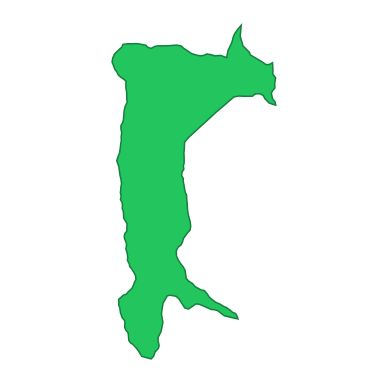 the district of São Benedito, Ceará, Brazil, rotated 271°
{"feature_id": "56859067B56740844379341", "entity_name": "São Benedito", "entity_type": "district", "adm_level": 2, "iso_a3": "BRA", "parent_name": "Brazil", "parent_adm1": "Ceará", "projection": "albers", "projection_center": [-40.987, -4.067], "detail": "fine", "context": "isolated", "style": "filled", "palette": "green", "viewbox_px": 384, "rotation_deg": 271, "n_neighbors": 0, "source": "geoboundaries", "source_scale": "gbopen_adm2", "svg_char_len": 3222}
<svg xmlns="http://www.w3.org/2000/svg" viewBox="0 0 384 384"><g transform="rotate(271 192 192)"><path d="M65.9,240.2L69.0,239.1L71.3,237.6L72.4,234.7L74.8,231.8L76.9,228.7L78.4,225.3L80.4,222.0L82.2,217.5L84.6,214.3L87.3,211.0L90.4,209.0L93.7,206.1L94.2,202.8L95.6,200.2L97.5,196.7L100.5,194.1L102.7,190.4L105.4,187.8L110.2,187.0L113.8,186.4L117.4,184.2L119.5,182.4L123.1,179.8L127.5,177.6L133.1,177.3L136.7,179.2L138.9,182.0L141.9,183.4L145.3,184.2L151.2,188.3L153.7,190.7L157.7,191.3L161.6,190.8L165.4,189.8L169.1,188.7L175.4,187.7L180.4,187.4L185.6,186.8L189.1,186.6L191.4,185.3L194.6,184.6L198.7,183.9L202.6,183.0L205.4,183.1L208.3,181.3L211.6,181.7L214.8,183.5L217.7,182.9L220.7,183.6L223.7,183.6L227.3,183.5L231.3,183.2L234.7,183.6L237.8,183.6L241.7,183.8L246.4,187.6L256.8,198.5L262.9,205.0L265.7,207.9L269.9,212.3L272.0,214.5L287.8,232.3L288.3,235.0L288.8,237.5L288.6,241.4L288.7,247.3L288.9,251.0L290.8,252.9L291.4,255.5L291.3,258.4L289.8,261.5L286.5,263.3L284.7,265.2L282.4,267.4L281.3,270.6L280.3,274.2L283.7,273.4L286.5,271.0L292.1,269.6L294.8,270.9L297.5,273.1L302.0,272.8L307.7,273.6L311.6,270.5L314.6,270.9L322.7,270.2L320.8,267.1L320.7,263.7L323.3,259.9L330.1,248.0L332.8,246.8L339.1,240.4L348.6,237.5L359.6,238.3L355.6,235.0L351.5,232.2L348.8,230.9L346.3,230.2L343.6,229.6L341.0,228.7L337.6,227.1L334.2,225.6L331.0,225.0L327.0,224.3L328.0,221.2L329.1,218.3L328.8,215.4L328.5,212.6L329.6,208.7L330.3,204.4L328.8,201.4L328.3,198.3L328.7,195.1L329.7,191.7L330.4,189.0L332.4,186.2L334.3,183.1L335.9,180.8L337.9,178.6L338.6,174.2L338.2,169.4L337.8,165.3L337.6,159.9L337.6,155.2L336.7,151.9L334.9,148.7L335.9,145.1L338.0,143.2L338.6,139.6L339.3,135.7L339.4,132.6L339.1,129.8L339.2,126.5L338.8,123.3L338.5,120.5L335.6,119.3L333.1,116.5L328.7,112.2L324.6,110.4L320.4,109.8L317.1,111.3L313.1,112.8L311.0,114.6L307.6,116.3L305.3,119.0L303.9,121.3L301.7,124.1L297.9,124.0L294.6,124.1L290.9,124.9L286.6,125.1L283.7,125.1L280.9,125.7L276.4,123.7L272.0,122.7L266.6,122.4L263.2,122.2L259.8,121.4L257.3,119.8L254.0,119.8L249.9,120.7L246.3,120.2L242.0,120.4L238.6,119.8L234.7,119.5L229.9,118.9L225.7,117.3L222.0,116.2L218.6,117.4L216.2,118.4L212.7,118.9L210.2,119.3L207.5,119.7L203.6,120.7L199.2,121.4L195.7,120.8L193.0,120.7L190.1,120.4L186.5,121.2L183.1,120.6L180.6,122.2L177.8,122.7L174.7,122.5L171.5,123.6L168.0,124.0L164.7,124.1L161.9,125.9L159.1,127.6L155.3,127.5L151.7,127.5L149.5,125.7L146.8,125.0L144.1,125.4L141.2,126.7L138.4,127.5L133.7,126.9L129.7,128.3L125.2,128.9L122.5,128.6L119.3,130.4L116.3,131.1L114.3,132.8L110.9,135.1L107.4,137.0L103.6,137.5L100.9,136.1L97.8,135.1L94.4,133.5L91.2,130.1L88.8,128.2L87.7,125.1L85.3,122.7L83.4,120.5L80.2,120.8L77.5,120.7L75.2,121.8L70.2,122.5L65.0,124.4L62.2,126.9L59.7,127.2L55.4,127.1L52.6,128.3L50.1,130.6L45.3,131.1L42.5,131.4L40.1,133.1L38.4,135.8L34.9,139.1L31.6,141.6L29.1,143.2L26.8,144.6L25.9,148.1L24.4,154.0L26.8,156.4L31.4,157.9L35.2,161.2L37.9,161.8L42.7,160.7L45.9,160.6L51.9,163.5L61.0,165.2L69.4,163.6L72.6,163.9L80.3,165.0L87.6,169.0L88.5,171.8L88.0,174.3L87.5,177.8L85.0,180.7L76.0,186.8L74.9,190.5L80.2,197.9L79.8,201.6L74.9,213.2L74.6,216.9L73.8,219.7L68.8,226.5L66.4,237.3L65.9,240.2Z" fill="#22c55e" stroke="#15803d" stroke-width="1.5"/></g></svg>